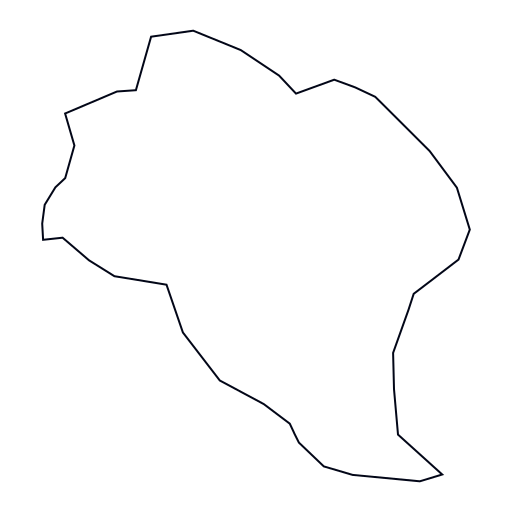 Bayangol, Övörhangay, Mongolia
{"feature_id": "93677404B12248147717842", "entity_name": "Bayangol", "entity_type": "district", "adm_level": 2, "iso_a3": "MNG", "parent_name": "Mongolia", "parent_adm1": "Övörhangay", "projection": "natural_earth1", "projection_center": [103.336, 45.745], "detail": "fine", "context": "isolated", "style": "outline", "palette": "ink", "viewbox_px": 512, "rotation_deg": 0, "n_neighbors": 0, "source": "geoboundaries", "source_scale": "gbopen_adm2", "svg_char_len": 647}
<svg xmlns="http://www.w3.org/2000/svg" viewBox="0 0 512 512"><path d="M240.8,50.1L193.2,30.7L151.1,36.7L135.9,90.2L117.0,91.5L65.1,113.5L74.4,145.5L65.2,178.1L55.4,187.3L44.7,204.8L42.2,223.6L43.1,239.8L62.6,237.7L89.0,260.3L114.4,276.2L166.5,284.7L182.9,332.5L219.8,380.5L263.8,404.1L289.8,423.7L293.6,431.8L294.4,433.6L298.9,442.6L323.8,466.4L352.6,474.9L419.8,481.3L442.2,474.5L398.0,434.6L394.0,389.1L393.1,352.9L408.5,309.8L413.7,293.8L427.9,283.0L453.5,263.4L458.5,259.6L469.8,229.6L456.9,187.7L429.7,151.1L383.1,104.6L375.2,96.8L355.2,87.4L334.2,79.7L296.0,93.6L279.1,75.6L240.8,50.1Z" fill="none" stroke="#020617" stroke-width="2"/></svg>